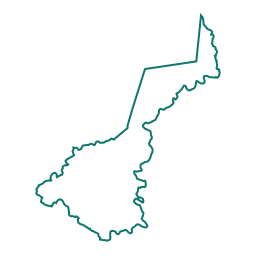 Uruaçu, Goiás, Brazil
{"feature_id": "56859067B5799909421600", "entity_name": "Uruaçu", "entity_type": "district", "adm_level": 2, "iso_a3": "BRA", "parent_name": "Brazil", "parent_adm1": "Goiás", "projection": "mercator", "projection_center": [-49.066, -14.326], "detail": "fine", "context": "isolated", "style": "outline", "palette": "teal", "viewbox_px": 256, "rotation_deg": 0, "n_neighbors": 0, "source": "geoboundaries", "source_scale": "gbopen_adm2", "svg_char_len": 5844}
<svg xmlns="http://www.w3.org/2000/svg" viewBox="0 0 256 256"><path d="M201.0,15.4L196.3,61.4L149.3,68.4L145.2,68.9L144.2,71.5L132.2,109.7L127.4,126.2L127.7,127.2L127.5,128.1L126.8,128.8L126.0,129.3L113.7,139.6L113.0,138.9L112.3,139.0L111.4,138.6L110.7,139.0L110.1,139.8L109.3,140.3L106.7,141.0L105.1,141.8L104.3,142.4L103.5,142.7L102.6,142.5L101.5,142.8L100.2,142.8L99.2,142.1L98.2,141.4L97.2,141.5L96.0,142.1L95.1,144.4L94.5,145.0L93.6,144.9L93.0,144.4L92.0,144.0L91.2,143.8L90.1,144.1L88.4,145.0L85.8,145.1L82.9,145.6L82.1,146.5L81.8,147.4L81.0,149.1L79.1,149.9L78.1,149.6L77.6,148.5L76.6,147.8L75.3,147.9L73.3,147.6L73.6,149.3L73.3,150.0L72.5,151.2L73.0,152.5L73.3,153.7L74.1,154.8L73.7,155.5L72.9,156.1L72.0,156.4L71.0,157.2L69.9,157.6L67.8,159.0L67.0,159.3L66.5,160.0L65.8,160.5L65.5,161.2L66.3,162.5L66.6,163.3L67.5,163.7L68.1,164.7L66.7,165.3L66.0,165.3L64.5,165.4L63.5,166.0L62.7,166.7L62.8,168.3L61.7,169.7L61.9,170.9L62.6,172.2L62.6,173.5L62.1,174.7L60.6,174.9L59.9,175.6L58.4,176.2L57.9,176.8L57.1,177.3L56.6,176.4L56.9,175.5L56.7,174.7L56.3,173.9L55.5,173.1L54.7,172.8L52.5,173.6L51.0,176.0L50.4,177.9L50.5,178.8L51.2,180.4L50.3,180.7L49.4,180.4L48.0,180.6L45.6,181.1L44.6,181.6L44.0,182.4L42.0,184.0L40.1,184.8L39.2,184.9L39.1,185.7L38.1,186.4L37.7,187.5L36.4,189.3L36.6,190.1L37.1,191.0L36.9,191.8L36.5,192.6L36.3,193.5L36.8,194.3L37.7,194.8L38.8,195.2L40.2,196.1L42.3,197.8L41.6,198.6L41.3,200.5L41.0,201.7L41.5,202.6L42.6,202.9L43.4,203.3L44.6,204.6L46.2,205.0L48.4,205.9L50.6,205.9L51.5,206.5L52.1,205.9L52.5,204.6L53.3,203.8L53.4,203.0L54.3,202.4L56.2,202.9L57.3,201.0L57.8,200.5L58.6,199.8L59.7,199.4L60.5,199.4L61.7,200.1L62.9,201.3L63.9,203.6L65.0,205.0L65.9,205.7L66.9,206.3L67.9,206.6L68.3,207.3L68.6,208.9L68.5,209.8L68.8,210.9L69.1,212.6L69.0,214.2L69.2,214.9L69.7,215.5L70.9,216.2L73.2,216.2L74.4,216.9L75.3,216.9L76.3,216.3L77.6,217.1L78.2,217.7L78.7,218.3L77.9,219.1L77.8,219.9L78.4,222.8L79.8,223.6L80.4,224.2L82.2,224.5L83.5,225.3L84.3,225.5L85.0,226.0L86.3,227.2L87.3,227.4L87.9,228.1L89.1,228.9L90.0,228.6L90.5,229.8L92.2,231.0L93.2,231.0L94.8,232.2L96.1,232.6L97.7,233.5L98.3,234.1L98.4,235.3L98.6,236.2L100.0,237.6L100.0,239.6L100.9,239.5L102.3,240.0L103.3,240.2L105.3,240.2L106.1,240.5L107.4,240.6L109.0,240.1L110.1,239.1L110.3,237.8L110.3,237.0L110.1,235.0L110.3,233.1L110.3,231.9L111.0,231.2L112.3,230.8L113.4,231.1L114.5,231.2L115.3,231.6L115.9,232.3L116.4,233.4L117.1,234.0L118.0,234.2L118.7,233.9L119.3,233.3L120.2,231.5L124.3,230.4L124.9,229.9L126.0,230.0L127.2,230.9L128.5,232.4L130.1,233.2L131.4,232.9L132.0,232.0L131.9,230.5L131.7,229.5L132.1,228.5L133.1,227.5L134.5,226.7L135.7,225.5L137.1,224.3L139.0,224.6L140.4,225.4L141.1,226.0L141.6,226.5L142.5,226.6L143.3,226.8L144.6,227.4L145.6,227.4L146.5,227.1L147.2,226.3L147.3,225.3L146.6,224.4L146.3,223.7L144.5,221.6L143.5,220.9L142.5,220.0L142.0,219.2L141.8,218.5L142.9,215.8L143.5,213.1L143.1,212.4L142.5,212.0L141.6,210.2L141.2,209.0L141.0,208.3L140.0,205.7L138.9,204.9L138.3,204.7L137.1,204.5L136.2,204.0L134.7,202.5L134.1,201.6L134.0,200.6L134.8,199.5L136.1,198.7L136.9,198.6L138.2,199.8L139.9,200.6L142.1,202.3L143.1,202.4L143.4,201.6L143.3,200.8L143.2,200.0L142.8,198.8L142.1,198.3L140.2,197.3L138.9,197.7L138.0,196.6L137.5,195.8L136.8,195.1L136.3,194.1L137.1,192.9L137.6,191.7L138.1,189.6L138.1,188.9L138.3,187.7L139.3,187.5L140.3,188.0L141.0,187.2L141.7,187.0L142.5,186.9L144.7,187.0L145.4,186.7L145.7,186.0L145.7,184.7L145.7,183.1L145.5,181.9L145.0,180.7L143.9,181.0L142.5,180.8L141.0,180.0L138.4,179.3L137.8,179.1L137.2,178.7L136.8,177.9L136.6,176.9L135.7,175.3L134.8,174.3L134.4,173.6L134.2,172.7L134.2,171.6L135.0,171.2L136.6,171.5L137.4,171.5L140.4,171.0L141.6,170.6L141.7,169.5L140.7,168.1L140.4,167.0L140.5,165.6L140.7,164.6L141.2,163.9L143.2,163.3L144.2,162.4L144.9,162.1L147.5,161.6L148.4,160.8L149.0,160.1L150.0,158.4L150.5,157.0L150.9,155.9L151.0,154.6L151.8,153.5L152.2,152.5L152.7,150.2L152.4,148.9L151.4,147.2L150.5,146.0L149.3,144.8L149.0,143.3L149.6,142.5L150.1,141.5L150.1,140.6L150.6,139.8L151.6,138.8L151.9,137.5L151.6,136.5L150.9,134.9L150.8,132.8L150.6,131.8L150.2,131.1L149.3,130.5L148.2,130.2L147.1,129.7L146.5,129.1L145.3,128.9L143.3,127.0L142.9,126.1L143.1,125.1L145.1,122.8L146.5,122.7L147.1,123.1L148.2,123.2L149.8,122.8L152.3,121.4L154.8,120.2L155.4,119.7L156.5,117.8L156.8,116.9L157.4,115.8L158.6,113.9L159.1,110.5L159.4,109.7L160.2,109.0L161.2,108.9L162.4,109.5L163.6,109.8L164.4,109.5L165.3,108.6L166.0,108.0L169.5,106.7L172.3,104.5L173.5,103.1L173.4,102.3L173.0,101.0L173.2,98.4L174.1,98.4L175.3,99.5L176.0,99.2L176.6,98.3L177.3,97.0L177.5,96.0L176.4,94.0L176.8,93.3L178.1,92.9L178.8,92.4L179.4,91.7L179.8,91.1L181.2,89.7L181.9,88.9L183.0,87.1L183.5,86.2L184.1,85.6L185.2,85.8L185.9,86.4L185.9,87.2L187.0,89.2L188.0,89.9L189.3,90.5L190.5,90.1L191.6,89.4L193.8,88.5L194.4,87.8L195.4,86.4L195.7,85.1L196.0,82.4L196.4,81.2L197.3,81.1L198.2,81.7L198.9,82.4L201.0,83.4L201.9,83.6L202.6,83.4L203.4,83.4L204.1,82.9L204.6,81.9L204.6,80.5L203.7,77.4L204.0,76.4L205.3,75.9L206.9,76.0L208.1,76.3L208.8,76.9L209.8,77.2L211.1,77.2L211.8,77.3L212.7,77.3L215.0,77.7L215.9,77.1L216.6,77.6L217.3,77.7L218.3,77.0L218.7,76.3L219.1,75.3L219.4,74.2L219.4,73.3L219.7,72.6L219.4,71.3L218.8,70.8L219.3,70.2L219.0,69.4L218.2,69.0L217.0,68.9L216.5,67.9L217.2,65.5L216.9,63.9L216.6,61.8L216.8,61.0L215.8,60.0L215.8,58.9L215.4,58.2L215.2,57.3L215.6,56.4L215.0,55.8L215.9,55.4L215.9,54.3L216.6,53.2L217.1,51.9L216.6,50.5L215.4,48.8L215.6,47.9L215.3,47.3L214.8,46.8L213.9,46.4L213.0,46.1L213.0,45.3L212.5,44.6L212.0,43.8L212.5,41.4L212.4,40.3L212.6,39.0L213.1,38.2L213.7,36.9L213.4,35.4L212.7,34.6L211.1,34.6L212.1,32.4L211.6,31.0L211.0,30.5L209.9,29.9L208.4,29.5L207.6,29.0L206.5,27.7L205.8,27.0L205.2,26.0L203.7,24.5L203.5,23.3L203.6,21.9L202.9,18.7L202.8,17.8L202.4,17.1L201.0,15.4Z" fill="none" stroke="#0f766e" stroke-width="2"/></svg>